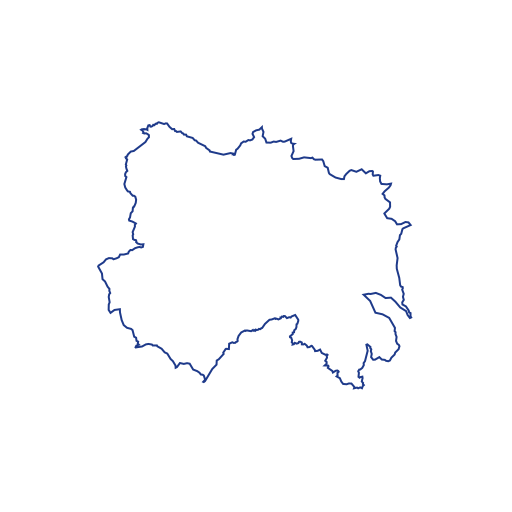 outline of Cayambe, Pichincha, Ecuador, rotated 236°
{"feature_id": "8360857B65214647181775", "entity_name": "Cayambe", "entity_type": "district", "adm_level": 2, "iso_a3": "ECU", "parent_name": "Ecuador", "parent_adm1": "Pichincha", "projection": "robinson", "projection_center": [-78.111, -0.003], "detail": "fine", "context": "isolated", "style": "outline", "palette": "blue", "viewbox_px": 512, "rotation_deg": 236, "n_neighbors": 0, "source": "geoboundaries", "source_scale": "gbopen_adm2", "svg_char_len": 6138}
<svg xmlns="http://www.w3.org/2000/svg" viewBox="0 0 512 512"><g transform="rotate(236 256 256)"><path d="M337.1,129.8L336.0,126.1L336.1,120.2L335.5,119.2L327.6,118.5L322.6,115.8L319.3,116.6L313.5,115.8L310.7,116.1L309.1,114.9L306.8,114.4L306.4,112.9L304.4,111.0L299.5,108.8L298.1,106.8L293.7,103.7L290.2,103.6L290.4,108.5L288.0,113.4L285.3,111.7L278.0,108.8L272.7,107.7L268.6,108.9L265.4,111.7L263.6,112.2L257.2,109.9L255.3,110.9L252.5,109.5L250.9,110.4L249.5,109.0L248.0,109.3L248.6,106.7L247.3,104.4L247.4,105.3L244.7,110.9L244.3,115.3L243.2,117.7L240.8,120.2L239.5,120.4L237.3,123.8L236.3,123.7L231.9,125.9L227.2,126.4L224.7,127.9L218.4,127.6L215.3,128.3L210.2,128.0L208.3,126.9L208.1,128.3L209.8,133.1L206.9,135.8L205.7,138.9L203.8,140.8L197.0,140.4L193.4,142.9L190.8,143.9L188.6,144.0L187.4,145.4L186.1,145.9L181.9,144.7L181.2,141.9L180.7,142.2L180.8,143.8L186.8,156.6L188.0,162.5L191.3,165.0L191.2,167.4L192.9,174.4L194.2,174.8L195.8,178.7L195.8,179.3L194.0,181.5L198.3,184.7L197.7,188.1L196.4,188.9L195.6,190.4L195.9,191.2L195.6,192.5L195.8,193.3L197.4,194.1L199.5,196.9L200.9,201.0L200.4,205.2L199.8,205.3L199.4,206.8L196.4,209.9L196.4,212.0L195.7,211.9L195.2,212.4L195.4,213.2L194.5,213.5L195.0,214.7L194.3,214.9L193.6,216.9L193.9,217.7L192.9,218.8L193.2,220.0L192.9,220.9L194.7,225.5L195.6,231.5L194.6,233.5L193.8,236.9L192.9,237.0L192.6,238.0L190.9,239.1L190.5,241.6L191.3,242.0L190.9,242.6L191.3,243.7L190.3,244.6L190.7,245.5L190.0,246.4L187.2,246.9L186.7,249.3L185.6,250.3L186.0,251.6L185.2,255.5L179.6,255.4L178.6,254.8L176.7,252.4L176.7,251.4L174.5,249.8L173.3,248.2L173.0,246.1L171.5,244.9L172.0,243.6L170.7,242.8L170.4,239.2L169.6,238.8L168.5,239.5L165.9,238.8L164.5,237.4L162.8,237.7L162.1,236.9L161.7,238.1L162.3,239.6L160.6,240.7L160.1,242.4L160.8,243.7L160.3,244.7L158.7,245.6L157.1,244.6L156.2,245.8L156.0,247.2L153.3,248.0L151.5,247.7L150.6,249.4L150.6,251.7L150.1,252.1L145.4,252.3L144.1,251.8L142.9,254.1L142.6,256.8L138.9,256.3L135.2,258.4L134.7,259.8L134.0,260.0L133.5,258.7L132.0,258.0L130.4,254.8L128.7,255.3L127.2,254.3L126.8,251.8L124.8,254.5L124.1,254.5L123.1,253.0L118.0,255.0L116.4,254.6L116.3,257.8L115.6,259.4L114.6,259.9L113.8,259.8L113.5,258.1L111.3,256.8L111.1,255.5L107.8,257.2L104.2,256.5L101.2,256.7L99.0,259.4L98.4,261.7L96.9,263.8L92.3,264.3L91.5,263.3L90.4,266.2L89.2,266.7L88.8,268.9L87.1,269.9L88.5,271.8L88.7,273.2L90.1,273.0L90.9,273.8L92.8,273.5L95.2,276.1L96.5,276.7L97.3,274.6L97.2,273.8L98.5,273.4L101.6,276.0L103.3,276.3L104.1,278.1L103.6,278.9L103.8,281.5L105.3,284.4L107.0,285.3L107.9,287.6L115.0,295.6L120.7,297.9L120.5,298.9L116.6,300.0L115.9,299.3L114.2,299.4L112.9,298.0L110.1,297.2L107.8,294.9L104.5,295.1L103.5,296.7L103.2,301.7L99.8,302.4L97.9,304.7L96.4,305.2L94.8,306.8L94.5,308.6L96.0,311.4L96.8,315.8L98.1,317.4L99.0,322.1L101.0,324.5L102.5,324.7L104.3,324.0L107.3,324.6L110.3,327.3L113.3,328.0L114.8,329.1L116.2,328.9L118.7,331.0L130.2,331.8L136.9,328.3L142.2,323.3L154.9,325.5L163.7,323.6L161.8,328.1L160.4,329.8L158.4,334.7L153.9,337.8L148.7,339.9L146.0,344.6L140.2,346.0L132.7,346.8L126.4,349.6L122.3,348.7L118.5,348.9L118.3,350.3L119.6,350.4L122.3,352.2L123.6,351.4L125.4,352.1L130.4,352.1L133.9,350.3L135.8,351.3L137.0,354.0L140.0,355.0L142.0,357.3L146.4,358.4L147.1,359.6L148.2,360.2L149.6,359.1L151.2,359.2L157.7,362.5L166.7,365.6L169.6,367.4L175.1,372.2L183.4,375.4L184.6,376.5L185.1,377.9L186.1,377.9L188.4,381.1L189.6,384.1L192.8,387.0L193.2,388.8L196.4,392.4L196.6,393.5L195.2,401.5L198.6,401.2L200.6,398.9L201.3,394.1L203.4,390.6L207.0,390.8L211.0,389.2L214.0,385.9L218.9,386.1L219.5,386.2L220.7,392.9L221.8,394.7L225.5,397.1L231.0,395.2L232.7,395.4L234.4,396.4L236.7,395.7L237.7,398.8L238.4,404.4L239.4,407.1L240.5,408.4L242.2,404.6L245.6,400.3L248.4,400.6L251.3,402.2L253.1,403.9L254.7,402.7L256.9,398.2L258.3,398.3L260.7,400.2L261.5,399.9L262.9,397.4L263.1,393.3L268.8,392.1L269.7,386.3L273.9,383.1L274.3,381.3L273.5,376.6L272.6,373.9L270.6,371.9L272.1,369.7L276.6,365.8L282.7,362.9L284.1,362.9L289.1,364.8L292.1,363.2L297.0,364.8L299.1,364.7L302.6,359.1L303.9,358.1L306.0,357.8L306.4,356.3L310.9,351.0L312.5,346.1L315.6,341.1L317.1,340.8L319.1,341.3L321.9,345.8L326.7,348.2L327.6,349.3L327.6,350.4L328.8,349.0L330.2,348.4L331.8,349.1L333.5,350.7L334.8,343.6L335.7,342.2L337.9,340.9L339.3,336.5L341.0,334.6L341.7,331.6L344.2,328.1L348.1,329.2L351.6,328.5L354.7,331.6L358.4,332.2L359.5,332.9L358.9,329.4L360.1,326.4L360.4,322.9L359.2,321.4L355.6,320.9L354.6,318.1L355.2,315.7L356.4,314.5L356.5,311.3L357.8,309.8L357.7,306.6L356.5,304.8L355.2,300.6L355.2,299.0L351.8,295.1L352.1,294.2L352.7,294.0L353.1,294.6L353.4,293.7L353.9,294.1L355.6,292.4L358.2,285.7L368.4,276.2L369.4,276.6L373.5,275.1L375.4,275.3L382.3,271.3L385.2,270.9L386.2,269.9L389.3,269.5L393.9,265.6L395.7,265.9L397.0,264.1L398.2,264.2L399.1,263.5L401.4,263.2L403.1,259.8L404.2,259.6L404.8,258.8L407.0,259.2L408.0,257.4L411.5,256.5L415.6,256.4L416.4,255.4L416.8,253.6L421.2,250.2L421.5,248.6L421.0,247.7L421.8,246.7L421.3,244.9L422.2,244.2L421.6,242.9L421.9,241.3L422.3,240.8L424.0,241.0L424.5,239.8L422.9,237.5L421.3,236.5L422.7,235.7L423.0,234.6L423.8,234.3L424.9,232.1L424.9,231.4L423.3,232.1L421.4,231.9L421.1,231.2L420.0,231.9L419.2,233.5L417.7,234.3L416.1,234.8L414.3,233.6L413.9,231.6L412.3,228.0L411.4,213.4L412.6,210.6L411.8,206.4L411.0,205.4L410.9,203.6L410.4,204.0L409.6,202.8L408.1,203.2L404.6,199.2L403.6,199.2L402.9,198.2L400.8,197.4L398.5,196.9L398.2,195.0L397.1,193.3L395.4,192.3L393.9,192.7L389.3,187.1L385.9,185.9L382.7,185.8L381.2,185.9L379.7,187.4L378.3,187.0L374.9,187.5L374.2,188.5L372.7,189.1L369.7,188.1L367.3,186.0L365.4,183.1L365.4,182.1L364.8,181.8L364.8,180.9L362.1,178.7L361.5,176.1L358.4,173.1L357.5,171.2L356.3,170.7L353.6,172.8L350.1,174.6L349.5,172.9L348.1,172.1L344.8,167.1L342.6,166.3L342.1,165.3L338.8,163.5L337.3,164.2L336.4,165.3L335.1,165.1L334.6,164.4L332.6,164.8L329.9,167.0L328.7,169.2L326.8,167.3L327.3,165.6L328.6,164.5L329.3,163.0L330.1,160.2L330.1,156.6L331.2,155.3L330.7,152.9L329.6,151.4L331.1,147.3L333.2,144.2L331.7,141.6L332.1,139.0L333.0,136.0L334.4,135.6L336.5,132.9L337.1,129.8Z" fill="none" stroke="#1e3a8a" stroke-width="2"/></g></svg>